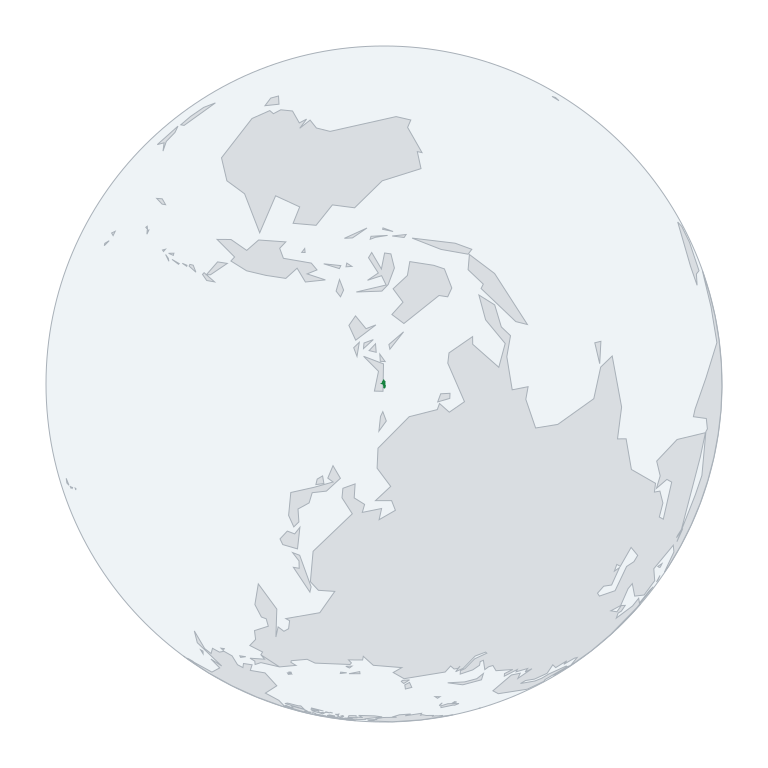 globe centered on Ilocos Sur, rotated 180°
{"feature_id": "PHL-2548", "entity_name": "Ilocos Sur", "entity_type": "Province", "adm_level": 1, "iso_a3": "PHL", "parent_name": "Philippines", "parent_adm1": "", "projection": "orthographic", "projection_center": [120.535, 17.275], "detail": "fine", "context": "on_globe", "style": "filled", "palette": "green", "viewbox_px": 768, "rotation_deg": 180, "n_neighbors": 0, "source": "natural_earth", "source_scale": "10m", "svg_char_len": 11119}
<svg xmlns="http://www.w3.org/2000/svg" viewBox="0 0 768 768"><g transform="rotate(180 384 384)"><circle cx="384" cy="384" r="338" fill="#eef3f6" stroke="#a8b0b8"/><path d="M663.7,522.3L663.3,524.4L663.0,524.8L663.7,522.3ZM581.7,109.9L581.9,110.1L556.1,95.9L548.3,100.1L557.1,109.0L546.3,102.0L570.7,125.3L573.7,137.1L563.3,119.4L556.9,114.5L555.5,119.7L548.6,115.9L544.0,116.7L535.9,112.1L530.5,103.3L525.1,100.4L524.5,104.5L515.9,103.2L517.7,97.6L503.0,95.1L491.2,82.2L502.6,74.9L489.2,67.7L482.7,61.0L476.4,59.4L470.0,57.2L460.3,54.8L460.5,54.8L486.3,61.9L511.5,71.1L535.9,82.2L559.4,95.1L581.7,109.9ZM452.9,53.2L453.3,53.3L449.4,52.7L443.8,51.6L444.8,51.6L447.8,52.1L447.6,52.1L452.9,53.2ZM701.8,289.7L699.0,282.7L701.1,285.0L701.8,289.7ZM697.0,280.0L698.0,282.0L697.1,280.6L697.0,280.0ZM696.1,279.9L696.8,279.9L696.3,280.7L696.1,279.9ZM695.2,280.8L695.6,280.0L695.7,280.4L695.2,280.8ZM692.8,279.9L692.1,279.5L692.2,278.0L692.8,279.9ZM584.6,112.1L583.4,111.2L582.7,110.6L584.6,112.1ZM575.4,106.9L572.7,104.7L580.7,109.8L579.8,109.4L575.4,106.9ZM565.0,116.9L564.9,114.1L567.4,118.2L565.0,116.9ZM544.8,117.6L547.0,119.8L543.7,119.4L544.8,117.6ZM528.2,112.2L522.2,111.3L527.4,110.6L528.2,112.2ZM518.0,109.8L503.4,108.8L507.1,113.2L488.5,101.1L507.1,105.4L512.9,103.5L513.2,106.9L518.0,109.8ZM455.8,53.9L455.1,53.7L461.0,55.0L455.8,53.9ZM460.5,55.1L483.8,62.0L482.1,62.6L474.6,59.8L476.5,62.0L464.2,58.7L460.4,56.8L463.9,56.9L456.5,55.7L460.5,55.1ZM480.5,95.1L476.2,94.0L479.7,93.6L480.5,95.1ZM448.4,52.6L453.2,53.6L452.1,54.0L442.1,52.1L445.7,52.5L448.4,52.6ZM483.1,64.5L480.4,64.9L469.7,62.2L467.2,62.1L463.7,58.7L483.1,64.5ZM443.1,51.9L437.0,51.2L432.5,50.1L443.5,51.6L443.1,51.9ZM455.9,55.1L454.9,55.4L452.2,54.5L455.9,55.1ZM412.8,47.3L418.7,47.9L418.6,48.1L412.8,47.3ZM435.1,51.0L436.7,51.4L437.3,51.7L432.5,51.1L435.1,51.0ZM456.4,57.3L452.5,56.4L457.3,58.5L449.5,57.1L448.6,55.3L445.6,55.5L443.2,55.2L445.2,54.2L456.4,57.3ZM429.5,51.6L425.6,49.8L414.8,48.3L414.6,48.0L432.1,50.5L429.5,51.6ZM438.5,53.1L432.9,52.0L435.5,51.9L441.0,52.5L438.5,53.1ZM444.5,57.0L456.7,59.6L456.5,60.0L444.5,57.0ZM425.8,51.1L426.8,51.7L424.7,51.0L425.8,51.1ZM438.1,55.1L442.5,55.8L442.1,56.2L438.1,55.1ZM425.2,52.4L424.0,51.6L427.6,51.9L425.2,52.4ZM430.7,53.6L429.1,54.0L429.7,52.4L432.7,53.8L430.7,53.6ZM437.1,55.3L438.3,55.8L435.3,55.0L437.1,55.3ZM411.9,52.3L411.8,50.3L419.9,50.6L419.0,52.4L411.9,52.3ZM99.4,201.7L103.6,195.8L94.1,216.0L94.7,222.8L114.2,199.3L113.3,187.3L123.9,173.0L133.3,171.9L135.7,184.4L139.9,179.4L147.4,162.4L157.2,157.2L151.1,156.2L146.7,162.5L142.8,162.6L146.6,156.9L149.9,154.9L151.7,149.9L135.5,162.0L129.3,169.8L128.6,164.9L118.2,177.9L114.7,181.2L130.9,160.7L136.4,155.0L158.9,132.0L154.6,135.9L176.7,117.2L200.2,100.4L198.3,101.8L213.9,92.6L214.4,92.9L205.0,97.9L196.9,103.1L190.9,110.5L193.6,109.8L204.2,103.7L201.2,107.2L212.3,100.4L215.2,103.2L220.9,94.7L233.5,88.9L242.4,87.5L247.5,84.5L233.1,87.0L226.4,89.7L219.0,94.1L201.7,102.0L200.9,101.3L222.9,88.5L224.2,86.6L240.7,78.8L269.7,74.3L275.1,77.2L256.6,93.0L247.8,94.8L250.1,89.6L236.0,99.3L242.9,96.1L240.4,99.5L251.9,96.2L250.7,98.5L263.7,91.8L263.5,94.4L255.2,98.5L272.0,97.3L275.1,102.5L279.4,101.2L283.2,98.4L284.6,107.7L287.8,106.4L288.5,102.7L295.3,98.1L307.8,93.9L307.6,97.3L303.1,99.3L293.3,109.2L281.2,114.8L282.4,115.9L292.8,112.0L304.8,99.7L312.4,96.3L307.9,101.9L310.1,99.6L313.9,99.0L317.4,102.0L322.8,96.0L363.9,89.3L374.8,95.5L366.2,100.4L394.7,102.7L404.7,111.7L405.4,108.0L419.5,108.1L416.6,105.1L418.0,103.5L452.9,104.9L460.9,108.7L476.7,107.3L477.1,105.7L472.0,102.6L488.5,101.1L507.1,113.2L505.4,116.0L518.2,122.5L512.4,128.6L513.5,137.4L499.7,141.8L501.8,149.2L506.6,151.0L513.1,163.4L509.7,184.1L491.2,158.9L492.1,131.0L489.9,141.1L484.1,136.7L479.4,139.3L478.4,147.3L482.2,149.4L448.2,155.3L433.2,176.6L449.6,177.7L457.6,186.3L454.9,216.7L415.7,254.2L426.0,270.2L425.1,279.7L412.9,284.1L413.8,270.1L403.4,263.6L405.7,255.6L386.4,259.5L388.9,248.3L372.6,257.7L376.4,267.4L392.5,267.4L377.3,281.6L390.9,299.8L390.0,319.8L358.8,351.3L330.7,358.4L328.5,364.5L318.7,355.8L303.5,366.3L320.2,404.8L319.0,415.1L295.4,431.4L295.3,423.7L269.2,400.7L262.8,424.5L282.4,448.2L289.1,473.0L273.3,463.1L266.7,441.1L257.5,432.3L261.2,411.3L255.8,378.2L239.9,381.3L242.2,368.7L232.4,340.0L210.2,343.6L174.2,369.3L167.3,400.9L155.8,412.0L146.4,360.9L150.5,329.1L141.9,329.2L136.6,298.5L112.5,284.7L113.6,275.9L108.1,276.9L105.1,265.0L108.7,251.0L104.7,248.8L96.3,285.9L101.1,288.6L111.5,279.7L107.8,292.1L111.3,306.9L90.9,328.5L62.6,335.3L67.7,311.0L86.6,238.5L90.4,232.6L90.8,231.8L91.5,230.3L85.2,239.5L91.1,226.3L72.6,273.4L66.1,292.5L62.1,336.4L60.6,339.1L61.7,349.5L74.6,351.3L72.9,359.0L62.1,389.9L51.1,425.4L57.0,461.3L63.8,489.5L65.5,496.9L58.4,474.3L52.8,451.3L49.0,428.0L46.7,404.4L46.1,380.8L47.1,357.1L49.9,333.6L54.2,310.4L60.2,287.5L67.7,265.1L76.8,243.2L87.4,222.1L99.4,201.7ZM150.7,139.6L131.5,159.8L134.1,156.6L127.5,164.0L133.7,157.0L134.3,156.3L134.5,156.1L150.7,139.6ZM130.3,212.6L136.9,220.6L147.7,201.7L151.2,203.6L153.6,196.9L148.5,200.4L156.4,183.0L164.3,181.8L170.5,174.8L168.6,171.9L152.9,177.3L141.4,201.5L134.1,206.3L130.3,212.6ZM289.3,59.6L288.6,59.8L287.4,60.2L289.3,59.6ZM439.1,50.6L439.3,50.6L436.7,50.4L430.3,49.7L425.9,49.1L429.0,49.2L420.7,48.3L421.8,48.2L415.6,47.6L412.4,47.3L439.1,50.6ZM375.8,46.2L382.7,46.5L396.8,47.0L399.7,47.5L393.4,47.4L400.7,48.1L390.8,48.5L392.6,49.1L384.7,50.5L371.4,50.7L374.5,51.4L368.6,53.2L357.3,54.0L362.8,52.2L346.4,54.7L347.4,52.8L345.4,53.3L341.8,52.5L334.1,52.6L336.1,51.7L332.2,52.2L329.8,52.1L325.1,52.6L327.1,51.6L321.5,52.3L325.7,51.5L315.6,53.2L323.9,51.6L321.6,51.9L314.7,53.3L318.3,52.5L346.9,48.1L375.8,46.2ZM409.3,52.6L393.2,52.1L385.8,51.1L402.8,49.2L402.4,48.6L413.1,48.3L423.6,50.0L419.6,49.8L418.1,50.1L415.4,49.4L416.5,50.2L411.0,50.2L410.4,50.9L405.3,50.4L409.3,52.6ZM205.0,98.2L205.0,98.7L202.3,100.4L199.2,102.0L205.0,98.2ZM309.0,64.5L313.3,62.8L315.0,62.9L327.0,60.4L327.2,62.1L320.1,64.3L309.0,64.5ZM110.2,201.6L106.0,204.4L107.7,200.9L108.8,200.6L110.2,201.6ZM111.5,186.0L108.0,192.6L110.2,187.6L111.5,186.0ZM311.3,66.0L316.2,64.6L313.3,66.4L311.3,66.0ZM328.0,63.4L325.7,65.2L328.7,62.1L328.0,63.4ZM209.0,667.3L216.0,671.6L212.5,670.5L209.0,667.3ZM77.5,501.8L90.3,546.0L86.2,541.5L78.5,525.7L69.0,497.3L71.6,494.0L70.9,482.7L77.5,501.8ZM374.9,536.5L385.4,538.7L385.0,540.1L374.9,536.5ZM363.9,530.5L375.8,532.0L361.9,533.5L363.9,530.5ZM380.4,532.6L392.6,530.7L397.8,528.7L397.0,531.7L380.4,532.6ZM355.9,529.9L312.9,524.8L296.2,518.7L299.9,513.8L327.0,518.6L355.9,529.9ZM298.6,513.5L273.4,494.5L240.6,443.5L252.2,446.4L286.9,479.5L284.7,483.9L299.9,498.3L298.6,513.5ZM360.6,492.5L358.2,506.4L334.3,502.7L323.6,499.1L316.2,480.0L320.3,471.2L329.0,472.5L364.1,444.5L376.1,453.5L365.0,465.8L374.9,479.2L360.6,492.5ZM168.3,404.3L173.2,425.2L167.1,426.7L168.3,404.3ZM379.1,423.5L364.4,436.2L378.1,418.8L379.1,423.5ZM387.7,406.7L388.2,413.9L382.8,406.4L387.7,406.7ZM327.3,374.2L318.0,374.7L318.2,369.6L330.3,366.1L327.3,374.2ZM389.1,336.8L387.5,351.5L385.2,356.3L381.7,347.0L389.1,336.8ZM320.3,85.2L303.3,86.1L291.2,89.3L284.6,94.5L286.5,88.2L305.2,83.2L320.3,85.2ZM358.5,88.1L364.2,84.5L366.7,86.5L365.7,87.6L358.5,88.1ZM358.5,85.6L356.2,80.6L362.6,79.0L363.2,83.1L358.5,85.6ZM333.0,71.4L328.0,71.3L330.5,69.7L333.0,71.4ZM583.9,642.6L587.2,643.2L577.4,651.6L564.3,660.6L552.6,665.1L583.9,642.6ZM489.5,672.0L489.0,663.8L503.0,662.3L497.3,669.9L489.5,672.0ZM593.0,635.6L601.7,626.6L605.0,616.9L603.9,625.2L610.7,623.4L590.0,641.9L593.0,635.6ZM437.9,636.6L371.9,651.4L357.2,648.0L360.4,640.6L346.0,615.4L350.7,616.4L347.0,599.4L385.8,587.2L413.4,560.2L435.6,563.1L451.9,542.7L474.9,544.7L468.3,561.1L492.4,572.2L508.3,535.2L523.4,574.2L541.1,587.2L546.5,610.2L516.0,649.5L498.2,657.4L494.6,654.3L487.2,658.2L475.5,657.0L468.7,645.1L461.4,648.9L468.3,639.7L457.9,647.9L451.6,640.0L437.9,636.6ZM602.4,563.3L605.9,563.9L611.3,569.6L605.8,569.2L602.4,563.3ZM654.9,532.4L656.4,535.0L652.8,536.7L654.9,532.4ZM663.0,524.8L658.8,527.3L663.7,522.3L663.0,524.8ZM620.5,538.6L622.2,540.7L620.8,541.8L620.5,538.6ZM619.1,538.0L621.1,533.8L620.8,537.7L619.1,538.0ZM602.5,518.8L604.5,516.5L605.5,518.0L602.5,518.8ZM401.0,540.0L415.5,530.1L423.6,529.7L401.0,540.0ZM599.4,514.7L594.1,514.8L594.7,512.6L599.4,514.7ZM599.7,509.7L599.1,506.7L602.4,513.5L599.7,509.7ZM589.5,503.7L596.0,508.6L588.8,504.4L589.5,503.7ZM585.7,504.7L581.0,502.7L581.3,501.7L585.7,504.7ZM533.4,511.0L550.9,528.6L537.0,528.5L521.3,517.6L509.4,528.0L482.2,526.1L488.3,519.7L484.6,509.7L456.7,504.9L451.0,498.1L460.9,494.1L442.6,488.1L462.6,486.0L470.9,499.8L482.2,489.6L502.0,492.6L521.4,497.2L537.1,507.0L533.4,511.0ZM462.9,515.5L466.3,515.6L463.3,519.5L462.9,515.5ZM572.1,495.8L578.9,501.9L578.1,503.6L574.8,502.8L572.1,495.8ZM540.7,504.6L557.6,493.2L561.6,493.3L550.4,506.1L540.7,504.6ZM553.4,486.1L561.3,487.5L565.5,493.6L563.9,495.3L553.4,486.1ZM422.0,501.2L421.2,504.9L416.1,501.6L422.0,501.2ZM428.6,499.4L444.3,504.2L427.2,502.4L428.6,499.4ZM381.9,483.0L386.4,492.3L400.5,487.7L389.7,495.0L399.5,510.3L396.3,515.5L386.6,499.0L383.4,515.0L377.1,514.1L373.6,500.0L379.8,483.5L386.1,476.9L411.7,476.0L381.9,483.0ZM428.5,488.5L424.4,477.9L427.5,471.2L431.9,476.9L428.5,488.5ZM412.5,452.1L402.0,439.3L392.1,443.1L412.3,427.8L419.1,442.6L412.5,452.1ZM404.0,425.0L394.7,428.4L404.5,419.4L404.0,425.0ZM392.5,424.2L391.8,415.7L398.9,417.4L392.5,424.2ZM408.7,425.7L411.0,411.6L414.3,420.3L408.7,425.7ZM389.5,396.7L404.4,411.7L384.5,404.1L385.0,376.7L393.6,376.9L389.5,396.7ZM445.4,292.1L444.1,284.5L452.1,283.4L450.8,288.9L445.4,292.1ZM477.2,275.5L453.9,280.7L434.9,286.0L440.2,289.9L435.0,302.3L427.6,289.7L441.6,276.9L455.8,275.3L458.9,265.1L470.0,259.0L469.1,246.1L474.2,241.1L479.4,252.6L477.2,275.5ZM468.1,240.7L470.5,219.1L485.2,223.4L488.0,229.1L480.7,236.9L473.3,234.1L468.1,240.7ZM475.4,215.4L468.3,212.7L456.9,181.2L458.1,175.9L474.6,200.7L468.8,199.7L469.0,207.1L475.4,215.4ZM477.0,95.9L476.3,94.1L479.6,96.0L477.0,95.9ZM416.0,101.9L418.5,100.0L422.2,101.7L416.0,101.9ZM427.3,95.9L421.3,95.2L427.7,94.5L427.3,95.9ZM408.0,94.3L419.0,94.3L408.3,96.4L408.0,94.3Z" fill="#d9dde1" stroke="#a8b0b8" stroke-width="1"/><path d="M383.2,386.1L383.4,385.8L383.4,385.7L383.3,384.6L383.3,384.4L383.3,384.1L383.3,383.7L383.5,383.5L383.5,383.4L383.4,383.1L383.2,382.7L383.3,382.6L383.0,382.5L382.9,382.4L383.0,381.6L383.3,381.5L383.3,381.4L383.3,381.2L383.2,381.1L383.2,380.9L383.4,380.8L383.4,380.7L383.4,380.4L383.5,380.3L383.8,380.3L384.0,380.5L383.9,381.0L383.9,381.3L384.0,381.5L383.9,381.7L383.8,381.9L383.7,382.2L383.6,382.7L383.8,382.7L384.1,382.7L384.3,382.8L384.3,383.0L384.2,383.1L384.1,383.3L384.0,383.5L384.1,383.8L384.4,383.8L384.5,383.9L384.5,384.0L384.8,384.1L384.8,384.3L384.9,384.5L385.1,384.7L385.3,384.6L385.5,384.4L385.9,384.5L385.7,384.6L385.5,384.8L385.4,385.0L385.4,385.4L385.4,385.6L385.4,385.9L385.3,386.1L385.2,386.2L384.9,386.2L384.7,386.2L384.6,386.4L384.5,387.4L384.3,387.7L384.1,387.5L384.1,387.4L384.1,387.2L384.1,386.9L384.0,386.7L383.9,386.6L383.9,386.4L383.9,386.2L383.7,386.1L383.4,386.2L383.2,386.1L383.2,386.1Z" fill="#22c55e" stroke="#15803d" stroke-width="1.5"/></g></svg>